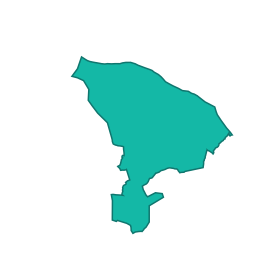 Ihitte/Uboma, Imo, Nigeria, rotated 315°
{"feature_id": "59680162B14530293305891", "entity_name": "Ihitte/Uboma", "entity_type": "district", "adm_level": 2, "iso_a3": "NGA", "parent_name": "Nigeria", "parent_adm1": "Imo", "projection": "natural_earth1", "projection_center": [7.376, 5.644], "detail": "fine", "context": "isolated", "style": "filled", "palette": "teal", "viewbox_px": 256, "rotation_deg": 315, "n_neighbors": 0, "source": "geoboundaries", "source_scale": "gbopen_adm2", "svg_char_len": 3231}
<svg xmlns="http://www.w3.org/2000/svg" viewBox="0 0 256 256"><g transform="rotate(315 128 128)"><path d="M57.0,206.0L59.6,206.7L62.3,208.7L64.4,210.5L64.7,211.1L67.1,211.0L68.2,210.7L70.6,210.9L76.5,209.5L88.0,198.0L104.1,202.0L105.8,198.6L101.6,193.2L93.2,190.5L93.3,188.4L93.6,187.2L94.3,185.2L95.1,182.5L97.0,179.3L98.8,179.6L101.4,180.5L102.5,180.5L104.3,180.2L105.7,179.6L107.2,179.0L108.0,179.1L108.4,179.6L110.0,180.3L111.6,180.1L115.9,179.6L116.2,180.0L118.8,181.2L121.0,181.4L123.3,182.7L124.9,183.5L125.4,183.7L126.8,184.1L128.3,184.9L129.3,185.6L130.4,187.1L131.6,188.7L132.1,189.8L132.8,190.7L133.5,191.3L133.6,192.1L133.6,193.0L133.3,193.7L133.1,195.6L133.0,196.3L134.1,196.9L136.4,198.9L137.6,199.0L153.1,209.1L155.9,207.0L157.0,206.0L157.4,205.4L158.0,205.0L158.7,205.0L159.6,204.3L159.9,204.1L160.6,204.0L161.2,203.8L161.6,203.6L162.2,202.9L162.9,202.5L163.1,202.5L163.9,202.0L166.2,200.6L167.6,199.7L168.4,200.0L168.5,199.8L168.6,200.4L168.8,200.9L169.3,201.8L169.4,202.8L169.6,203.7L169.8,204.6L169.9,205.4L169.8,205.9L169.8,206.5L170.3,206.4L170.9,206.2L171.4,205.9L171.9,205.0L172.2,204.5L172.4,204.5L173.2,204.4L173.7,204.5L174.1,204.5L174.4,204.3L174.8,204.2L175.2,204.1L175.6,204.0L176.0,204.0L176.3,204.2L176.7,204.4L177.5,204.7L178.0,204.6L178.5,204.8L179.1,204.7L179.6,204.5L180.0,204.4L180.6,204.0L181.2,203.5L183.2,203.8L183.9,203.7L185.2,203.8L186.1,204.1L186.8,204.1L187.2,203.9L187.6,203.9L188.2,203.9L188.9,204.3L189.7,203.7L190.2,203.5L190.6,203.5L191.0,203.6L191.7,203.7L193.2,203.7L193.9,203.5L194.2,203.2L194.7,203.2L195.7,203.0L194.6,204.7L194.4,205.4L194.6,205.8L195.8,205.9L196.8,206.6L197.3,203.4L197.7,197.6L198.4,193.4L199.1,188.8L199.8,185.3L200.5,181.8L201.9,178.7L204.2,174.5L202.1,167.7L201.4,165.5L201.0,164.4L200.6,161.5L200.4,159.8L199.8,154.9L199.8,154.4L198.8,150.9L197.5,148.5L196.6,144.7L192.9,140.0L191.7,135.7L190.7,133.0L189.7,130.3L188.4,126.1L187.2,121.8L187.5,118.3L187.6,115.2L187.3,111.7L186.0,107.1L185.7,104.4L185.4,103.6L184.4,101.3L182.7,97.8L181.1,94.3L180.2,92.3L179.5,90.8L178.5,87.7L176.2,83.4L172.6,79.9L170.0,78.0L167.7,76.8L164.7,73.7L161.7,71.0L158.8,67.8L158.4,67.6L156.8,66.3L154.8,63.9L153.3,61.7L151.9,59.7L150.2,57.3L148.1,54.1L146.9,51.5L146.2,48.6L146.0,47.6L145.4,44.9L134.2,50.4L124.9,51.8L127.4,56.1L127.8,56.8L130.1,63.1L127.6,73.0L119.5,80.3L118.3,87.3L117.1,96.0L117.2,109.7L109.4,123.7L108.5,125.2L107.4,126.5L106.9,127.5L106.3,128.8L106.5,129.6L107.1,131.2L107.7,132.1L108.3,133.4L109.8,135.2L110.7,136.5L111.4,137.6L111.5,138.2L110.0,139.7L108.1,142.2L106.5,144.0L105.6,144.7L105.0,143.7L104.3,143.6L103.1,144.3L103.1,145.3L102.2,145.5L100.7,145.8L100.2,146.3L98.7,147.2L97.4,148.0L95.8,148.6L95.5,148.5L93.6,147.9L93.5,148.8L93.6,150.0L93.5,151.1L92.9,152.5L92.9,152.8L94.2,153.7L95.1,154.7L95.9,155.4L96.8,156.0L97.6,156.2L92.5,166.0L90.2,165.0L87.9,164.8L87.9,165.4L87.0,166.1L86.7,166.3L86.3,166.1L85.7,166.0L84.8,165.7L84.2,165.5L83.5,165.7L82.0,166.4L81.5,167.3L80.3,167.9L79.9,168.4L79.7,169.0L77.5,170.1L76.6,170.7L76.7,171.9L75.6,170.5L72.3,166.8L70.5,164.4L69.1,163.3L65.6,168.4L51.8,182.0L53.7,185.8L55.2,185.9L59.7,194.5L60.9,198.6L59.8,200.5L57.7,202.8L57.0,206.0Z" fill="#14b8a6" stroke="#0f766e" stroke-width="1.5"/></g></svg>